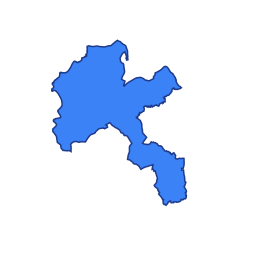 Maru, Zamfara, Nigeria (orthographic projection), rotated 147°
{"feature_id": "59680162B25309364748934", "entity_name": "Maru", "entity_type": "district", "adm_level": 2, "iso_a3": "NGA", "parent_name": "Nigeria", "parent_adm1": "Zamfara", "projection": "orthographic", "projection_center": [6.251, 11.686], "detail": "fine", "context": "isolated", "style": "filled", "palette": "blue", "viewbox_px": 256, "rotation_deg": 147, "n_neighbors": 0, "source": "geoboundaries", "source_scale": "gbopen_adm2", "svg_char_len": 5866}
<svg xmlns="http://www.w3.org/2000/svg" viewBox="0 0 256 256"><g transform="rotate(147 128 128)"><path d="M118.4,37.3L116.8,38.2L116.3,39.1L116.4,39.5L115.9,39.6L116.0,39.9L115.6,40.5L115.7,40.9L115.4,41.0L115.2,41.5L114.5,42.4L114.6,42.5L114.1,42.5L113.5,43.0L113.1,44.3L112.9,48.2L111.7,48.8L109.0,51.0L109.5,52.0L107.1,56.4L106.5,58.3L104.3,62.6L105.9,63.3L105.1,65.0L103.6,64.2L101.6,66.0L100.1,67.9L97.6,72.0L98.5,72.8L100.1,73.4L101.3,74.6L103.2,74.9L104.5,76.0L104.8,76.9L104.0,77.7L103.7,78.4L103.3,78.9L103.1,78.9L103.0,79.3L103.0,82.2L104.4,82.4L105.5,81.7L106.1,82.1L106.2,82.6L105.9,83.2L106.6,84.4L106.1,84.6L106.6,85.3L106.8,86.2L107.9,86.7L108.0,87.8L109.1,88.0L109.6,88.7L109.6,90.4L109.9,91.0L109.7,93.3L109.9,94.5L110.0,94.8L110.6,95.0L110.7,95.5L111.8,96.2L112.2,97.6L112.0,98.5L113.1,100.8L114.0,101.4L114.3,102.3L115.3,102.5L116.1,103.7L117.3,103.2L117.7,102.7L119.8,103.0L120.3,103.5L121.1,103.6L121.6,104.5L122.4,105.0L123.3,105.9L124.0,107.5L117.5,110.0L118.4,116.0L117.1,118.2L116.3,120.4L114.2,124.1L113.6,127.6L115.2,131.8L114.7,131.9L114.8,132.4L114.2,132.2L114.0,131.8L113.4,132.6L111.9,132.6L111.6,133.1L111.6,133.7L111.2,133.8L110.9,133.2L110.7,133.3L110.1,133.7L109.8,134.5L109.2,133.9L108.8,134.0L108.4,133.6L107.7,133.7L106.3,133.7L105.6,133.5L105.1,133.8L105.0,134.2L104.2,134.8L103.5,136.1L103.5,136.9L102.8,137.3L101.4,137.0L101.4,136.7L100.7,136.5L100.5,136.2L100.5,135.8L100.7,135.6L100.5,135.3L100.2,135.4L100.3,135.1L100.0,134.9L99.7,135.0L99.6,135.3L99.3,135.4L99.3,135.1L98.8,134.6L98.9,134.4L98.6,134.4L98.7,134.1L98.4,134.1L98.4,133.7L98.0,133.5L98.1,133.4L97.9,133.5L97.7,133.2L97.5,133.3L97.3,133.5L97.6,134.0L97.5,134.3L96.3,134.3L96.0,134.0L96.3,133.6L96.1,133.4L96.3,133.3L96.3,132.6L96.0,132.3L95.4,132.7L93.9,132.1L93.7,132.3L92.9,132.4L92.0,131.9L91.9,131.6L91.6,131.7L90.6,129.7L89.9,129.7L88.8,130.7L87.9,130.9L86.9,130.7L86.0,130.9L85.2,130.5L85.4,129.6L84.9,129.7L84.8,130.5L84.2,130.1L83.6,130.5L83.1,130.0L82.5,129.8L82.2,130.7L81.0,132.1L81.6,133.0L81.7,133.6L80.9,133.4L80.3,134.1L80.3,134.5L79.0,133.7L78.3,133.7L77.7,134.2L76.1,133.4L75.2,133.5L74.4,133.8L73.3,133.9L73.0,134.2L71.9,134.7L71.6,134.6L71.1,134.9L70.7,135.9L68.9,136.9L67.6,136.5L67.6,136.2L68.2,135.6L68.2,135.4L67.8,135.4L67.6,135.2L67.5,134.7L67.0,134.6L65.8,133.6L63.0,132.7L61.3,132.7L61.7,134.4L62.5,135.6L62.6,139.5L62.2,140.5L62.1,141.4L61.4,141.9L61.5,143.0L61.0,143.8L61.1,144.1L60.9,144.6L61.0,145.3L60.9,146.0L61.0,146.7L60.9,149.4L61.9,151.5L61.8,156.7L62.2,158.3L63.2,159.4L64.3,159.7L68.2,158.9L70.0,158.8L75.4,159.3L75.7,158.4L76.9,157.7L78.7,157.1L79.6,155.5L84.7,156.0L86.7,158.2L87.2,158.4L88.3,161.3L90.0,163.7L93.3,165.3L94.9,165.6L102.5,166.0L105.4,165.9L108.2,165.2L108.7,165.9L105.0,169.0L106.9,172.2L104.8,174.2L101.7,175.8L100.2,177.0L97.3,183.3L97.0,183.7L96.9,184.6L97.9,186.4L97.9,188.1L96.5,191.1L92.0,193.5L89.2,193.7L90.2,188.8L91.6,187.7L92.1,185.6L90.8,185.3L90.3,186.8L89.4,187.8L87.5,191.3L86.6,192.5L85.2,197.8L85.5,199.3L86.7,201.4L87.5,204.7L88.4,205.8L89.2,207.3L91.6,207.2L97.3,206.4L98.2,206.6L99.2,207.4L103.5,208.7L107.6,211.9L109.1,213.5L113.3,215.5L116.3,218.4L117.8,218.7L118.3,218.2L118.4,217.3L118.8,217.2L118.9,216.7L119.5,216.0L120.0,215.0L120.6,214.9L120.5,214.2L122.0,212.8L122.9,212.8L123.2,212.7L123.4,211.9L123.8,211.7L123.7,211.3L123.1,211.4L123.2,211.1L124.0,210.7L124.7,211.0L125.1,211.5L125.5,211.5L125.9,211.1L126.2,211.3L127.1,211.3L128.4,211.9L129.3,211.0L129.7,210.2L130.1,210.3L130.6,210.0L131.7,209.9L132.2,210.1L133.2,210.0L133.6,210.5L134.1,210.2L135.1,210.6L135.4,211.9L136.0,212.5L136.1,212.9L136.7,213.2L137.3,213.2L139.9,212.1L142.5,210.4L146.4,208.6L149.2,208.1L151.4,208.9L154.0,211.0L154.0,211.3L154.6,211.4L154.7,210.9L155.5,211.1L155.9,210.2L157.2,208.9L157.4,208.5L157.8,208.3L160.2,208.2L160.4,207.9L160.7,208.1L162.7,207.7L162.8,208.0L163.1,207.9L164.4,207.6L164.9,207.1L165.0,207.2L165.3,207.1L165.3,206.4L165.8,206.2L166.7,207.0L166.9,206.9L167.6,205.9L167.4,203.9L168.2,202.6L169.2,202.3L169.8,201.9L170.6,202.2L171.7,200.7L171.5,200.1L169.5,199.8L168.6,198.9L168.3,198.0L167.8,195.1L168.0,191.6L168.3,188.5L168.8,186.9L170.1,184.1L171.1,182.8L173.4,181.7L176.9,181.0L177.1,180.5L177.6,180.5L177.9,179.9L178.0,175.4L178.4,173.9L178.8,173.6L180.4,173.9L183.9,175.4L184.4,175.3L184.7,175.0L185.1,175.4L185.6,175.5L186.4,175.1L186.4,174.4L186.9,174.0L186.1,171.7L186.0,169.9L187.4,168.8L191.6,168.1L193.0,165.9L192.7,164.3L192.6,159.9L195.1,154.4L193.7,150.6L195.1,147.5L194.7,144.6L191.3,141.9L190.2,141.5L188.9,140.1L188.6,139.3L186.0,143.2L185.0,145.5L183.3,146.0L181.0,146.0L178.9,145.0L176.8,142.7L174.6,141.9L171.3,139.5L167.1,141.5L164.3,142.4L162.6,142.7L160.7,142.1L158.3,141.8L156.8,142.6L152.8,143.2L149.7,142.0L149.1,141.4L148.5,141.3L148.0,140.1L144.7,139.8L144.2,141.1L144.9,142.7L140.3,142.4L139.8,138.6L138.9,137.0L138.4,135.2L137.5,134.1L136.1,130.7L136.4,127.9L136.2,127.5L135.2,126.7L135.1,124.8L135.3,123.9L135.1,123.5L134.0,123.0L133.6,122.6L133.0,121.2L133.2,113.0L136.5,111.9L137.3,111.1L139.7,107.3L142.7,105.0L145.5,101.9L143.7,99.9L143.4,98.5L142.7,96.8L142.8,95.3L142.3,94.4L140.9,93.2L140.3,92.2L139.6,89.9L139.7,86.3L136.9,86.2L134.1,85.7L132.6,85.1L131.8,85.0L127.1,83.6L127.8,82.9L128.0,82.4L128.4,82.3L130.4,80.1L129.3,79.6L129.8,77.5L128.6,77.2L130.8,69.4L132.3,68.7L132.5,68.1L133.2,67.2L134.9,66.3L137.3,65.6L137.2,63.4L136.7,62.4L136.3,60.8L136.3,60.4L136.6,60.2L136.8,59.6L136.5,58.8L136.9,58.5L136.9,57.4L136.6,56.8L138.3,55.8L137.7,52.1L137.9,49.1L137.4,49.0L137.2,48.5L138.3,47.8L139.5,45.6L139.4,44.2L138.7,44.0L138.2,42.5L135.8,43.1L134.6,44.0L134.2,44.0L133.7,43.7L132.3,44.0L132.5,41.8L130.4,40.6L130.2,41.1L128.7,40.5L128.2,40.1L127.8,39.3L125.2,38.2L123.9,38.1L123.0,38.4L122.7,39.0L122.0,39.0L121.6,38.2L120.5,37.8L119.8,38.2L119.2,38.0L118.4,37.3Z" fill="#3b82f6" stroke="#1e3a8a" stroke-width="1.5"/></g></svg>